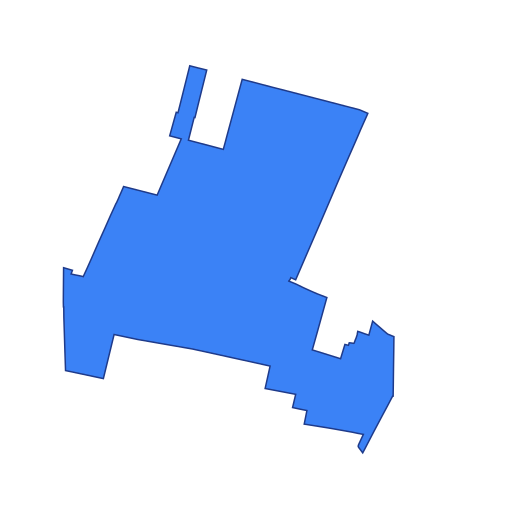 Gura Ialomitei, Ialomita, Romania, rotated 110°
{"feature_id": "2599482B23433175195747", "entity_name": "Gura Ialomitei", "entity_type": "district", "adm_level": 2, "iso_a3": "ROU", "parent_name": "Romania", "parent_adm1": "Ialomita", "projection": "natural_earth1", "projection_center": [27.728, 44.753], "detail": "fine", "context": "isolated", "style": "filled", "palette": "blue", "viewbox_px": 512, "rotation_deg": 110, "n_neighbors": 0, "source": "geoboundaries", "source_scale": "gbopen_adm2", "svg_char_len": 2196}
<svg xmlns="http://www.w3.org/2000/svg" viewBox="0 0 512 512"><g transform="rotate(110 256 256)"><path d="M369.8,419.5L369.7,419.2L374.5,417.4L379.3,415.6L404.1,405.7L428.8,395.8L423.4,357.5L378.3,362.5L376.6,350.5L374.9,338.5L365.1,283.7L358.3,233.0L354.6,205.1L377.4,202.1L374.9,186.8L372.4,171.4L385.9,169.8L384.9,162.5L383.8,155.3L397.5,153.2L393.0,130.0L392.1,125.1L389.6,110.8L389.6,110.7L388.6,105.1L388.1,101.5L387.8,99.3L387.5,97.8L387.3,96.3L387.1,95.2L386.9,94.1L398.4,95.1L399.1,95.0L399.7,95.0L400.2,94.6L400.7,94.2L401.4,93.1L404.5,88.4L399.7,87.7L395.0,87.1L387.4,86.1L383.6,85.6L379.8,85.1L363.2,82.8L352.1,81.2L341.0,79.7L340.8,79.2L331.0,82.6L312.7,89.0L296.9,94.5L287.5,97.8L284.6,98.8L284.5,101.6L284.4,102.9L284.4,105.1L284.1,106.3L283.3,108.4L282.0,111.9L280.8,115.0L280.2,116.6L279.6,118.2L278.5,121.1L277.3,124.1L284.6,123.5L291.8,122.9L291.9,127.4L291.9,131.9L292.0,134.6L294.1,134.3L295.0,134.0L298.7,133.9L299.5,133.9L300.2,134.0L304.3,134.0L304.7,134.4L305.3,137.4L305.7,138.7L308.3,138.6L308.7,142.2L323.6,141.4L325.0,171.0L306.3,172.4L270.8,175.2L270.6,185.8L270.2,192.3L269.7,198.8L269.5,201.1L268.7,208.6L268.5,212.6L268.4,216.6L268.1,216.6L267.6,216.4L267.2,216.2L266.6,216.1L266.0,215.9L265.5,215.9L265.0,215.9L264.4,215.9L264.8,210.6L244.4,209.4L202.7,206.9L176.0,205.4L157.8,204.4L130.2,202.7L121.2,202.1L114.9,201.7L110.1,201.4L108.4,201.3L102.8,201.0L102.4,201.0L92.6,200.3L85.8,199.8L83.7,199.7L83.2,208.6L89.0,269.7L91.9,299.2L94.7,329.4L154.3,324.3L159.7,323.8L167.0,323.2L170.3,359.1L146.9,361.5L146.8,360.7L126.6,362.9L98.1,365.9L99.0,374.2L99.1,374.5L99.2,376.1L99.6,380.1L99.9,383.3L141.1,379.0L148.1,378.3L148.2,380.1L156.2,379.5L172.6,378.2L171.5,366.3L232.6,369.7L236.0,404.2L236.8,404.2L240.0,404.4L243.3,404.6L245.9,404.8L248.6,404.9L251.2,405.1L253.9,405.3L254.4,405.5L262.0,406.1L266.8,406.5L281.5,407.5L296.2,408.6L305.7,409.2L315.2,409.8L324.9,410.5L334.5,411.3L334.5,412.0L335.0,415.7L335.6,419.4L335.8,420.9L336.0,422.3L336.0,423.0L336.1,423.6L334.1,423.6L332.2,423.6L332.5,428.2L332.8,432.8L337.1,431.3L341.3,429.8L350.6,426.5L359.9,423.2L365.2,421.3L369.6,419.6L369.8,419.5Z" fill="#3b82f6" stroke="#1e3a8a" stroke-width="1.5"/></g></svg>